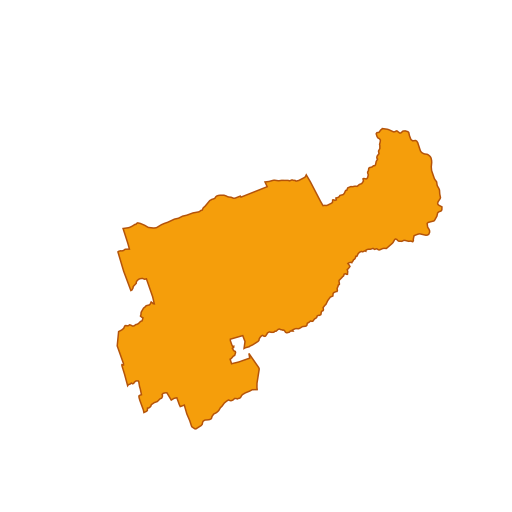 outline of Juja, Central, Kenya, rotated 309°
{"feature_id": "3690345B85267649800384", "entity_name": "Juja", "entity_type": "district", "adm_level": 2, "iso_a3": "KEN", "parent_name": "Kenya", "parent_adm1": "Central", "projection": "orthographic", "projection_center": [37.028, -1.103], "detail": "fine", "context": "isolated", "style": "filled", "palette": "amber", "viewbox_px": 512, "rotation_deg": 309, "n_neighbors": 0, "source": "geoboundaries", "source_scale": "gbopen_adm2", "svg_char_len": 6097}
<svg xmlns="http://www.w3.org/2000/svg" viewBox="0 0 512 512"><g transform="rotate(309 256 256)"><path d="M160.9,162.7L150.4,180.5L151.6,181.0L153.9,180.5L155.0,179.8L159.5,180.1L160.3,179.4L161.9,179.1L163.8,179.4L165.2,180.0L167.1,181.8L167.9,184.2L169.3,185.2L159.3,201.3L154.8,207.1L154.2,206.1L154.4,205.1L154.3,203.5L151.9,204.1L151.0,204.0L148.2,201.9L146.9,201.9L144.7,201.4L140.3,202.1L139.2,202.6L138.5,203.3L136.6,204.0L136.5,205.6L136.8,207.1L134.0,208.3L132.8,207.6L131.4,207.3L129.7,207.2L128.1,206.6L127.2,205.8L125.0,205.2L123.9,204.3L123.5,202.4L123.0,201.1L121.6,200.7L120.5,199.7L120.2,198.8L119.5,198.1L117.9,198.3L116.6,198.7L114.0,198.2L110.8,196.8L98.8,204.7L89.0,220.7L87.9,221.6L87.2,220.2L86.4,220.8L81.5,228.1L74.4,237.9L75.8,237.8L77.0,238.7L78.8,239.1L79.0,240.5L80.0,241.1L81.1,240.9L82.9,241.2L83.7,241.7L84.8,243.1L84.5,244.0L81.3,247.6L79.8,249.8L76.1,254.3L75.0,253.5L73.5,253.1L72.3,254.3L70.7,256.6L65.5,265.3L63.8,267.4L66.3,268.6L67.5,268.8L69.5,267.4L70.4,268.3L71.8,268.7L73.0,268.8L74.6,268.2L78.0,269.2L80.8,270.9L84.6,271.3L86.1,272.1L87.7,271.8L88.6,271.2L89.2,270.2L90.9,270.3L92.6,271.6L93.6,272.9L90.7,280.8L93.8,281.9L96.0,283.7L92.2,290.0L91.3,291.9L95.0,294.1L89.7,301.7L86.3,308.2L83.3,312.8L82.9,313.7L83.2,317.2L83.8,318.1L89.8,320.1L91.4,320.1L93.3,319.1L94.7,318.9L96.4,319.6L98.6,321.9L99.7,322.9L101.3,323.6L102.4,323.4L103.4,322.8L106.6,322.6L109.3,323.8L110.8,324.1L112.4,324.3L115.7,323.8L117.8,324.1L121.8,323.9L124.7,324.5L126.8,325.2L127.4,327.1L128.1,327.9L129.5,328.7L131.9,329.1L132.8,330.4L133.2,331.5L134.0,331.8L135.3,332.8L136.4,333.0L138.7,332.6L140.1,332.8L143.0,333.9L147.0,336.1L149.7,337.2L152.9,341.0L154.5,339.4L157.8,336.8L169.4,330.1L170.3,329.5L171.0,328.3L175.8,311.8L172.7,315.4L162.5,309.1L156.9,304.8L159.5,300.8L160.7,301.3L163.9,301.4L165.3,302.0L168.1,300.9L168.8,300.0L168.4,298.8L168.7,297.3L169.4,295.7L170.8,296.2L171.9,295.5L171.0,294.7L171.8,293.0L174.1,289.3L175.2,288.4L185.8,295.8L182.6,301.3L176.6,304.9L178.2,305.6L181.2,307.8L182.2,308.0L184.8,309.3L190.8,311.3L192.2,311.4L193.5,310.7L195.1,310.4L197.3,310.5L198.5,311.1L198.7,312.9L199.7,313.8L202.4,313.6L203.4,313.3L205.5,314.2L206.1,315.6L207.4,317.3L208.2,317.9L209.4,318.0L210.1,318.9L212.9,319.4L214.0,320.1L214.4,321.8L215.0,322.6L215.2,323.5L215.9,324.2L215.8,325.5L215.3,327.0L215.7,328.3L217.9,329.9L219.3,329.9L221.0,332.0L221.3,330.9L223.6,331.9L224.7,332.7L226.3,334.9L227.7,335.6L230.3,336.5L232.5,338.6L233.3,339.1L234.4,339.1L235.3,338.5L236.2,338.2L237.3,338.8L239.8,339.3L240.3,340.4L241.0,341.2L244.0,341.1L245.4,341.7L246.5,341.8L247.9,341.3L249.1,341.8L250.0,342.8L251.3,343.3L253.6,342.0L254.9,342.0L255.7,342.5L256.6,342.3L258.2,340.6L261.3,340.6L262.3,340.8L266.5,339.8L270.8,339.6L273.3,340.9L275.4,339.5L276.5,339.5L278.6,340.5L279.4,341.3L280.5,340.9L281.7,339.5L284.4,338.7L285.2,338.2L286.3,338.7L287.1,338.1L288.5,336.5L289.4,335.9L293.1,336.3L294.4,336.3L295.6,336.6L297.4,335.9L298.6,336.8L298.7,337.8L299.3,338.6L301.6,337.1L302.9,335.4L304.1,335.7L307.0,335.6L307.6,334.1L308.0,332.1L309.4,332.6L310.6,333.5L311.1,334.7L312.1,334.4L313.4,334.5L314.5,334.1L315.5,334.6L317.3,334.4L318.5,333.7L319.4,334.6L322.0,333.9L323.3,334.0L324.6,334.3L325.9,335.1L326.4,336.3L328.6,337.4L328.8,338.4L330.0,337.8L331.1,338.4L331.9,339.0L333.3,340.7L335.6,342.2L335.7,343.9L337.6,345.2L337.9,347.3L338.5,348.2L341.4,349.7L342.5,350.6L343.9,352.6L351.4,353.9L352.7,354.0L356.1,353.4L357.0,353.7L357.5,355.0L357.2,356.3L357.4,357.7L359.2,360.1L361.1,361.0L361.8,361.8L363.5,365.4L365.0,366.9L365.7,368.8L366.9,368.7L368.0,367.7L371.1,366.1L372.3,366.6L375.0,368.2L376.3,369.3L378.9,374.7L379.8,375.8L381.4,376.6L383.7,376.0L384.8,375.1L385.7,373.5L386.4,371.3L389.0,368.5L390.5,368.7L395.2,372.2L396.2,372.3L400.8,371.5L403.9,370.0L405.4,370.3L407.4,371.5L408.8,371.4L411.2,369.6L410.5,366.1L410.6,364.8L411.3,364.0L412.6,363.4L416.5,363.0L417.5,362.6L419.7,359.9L422.7,357.1L423.6,355.5L424.5,353.1L425.1,352.1L427.3,349.7L428.1,346.6L428.7,345.4L432.9,338.7L435.6,336.1L439.1,333.8L440.7,332.4L442.2,330.5L442.7,329.5L443.0,328.1L443.0,326.3L442.8,325.1L441.4,322.8L441.0,321.6L440.7,319.9L440.9,318.2L441.8,316.6L445.9,310.3L446.4,308.6L446.2,307.3L444.1,305.3L444.0,303.1L446.1,299.5L448.1,297.0L448.2,295.8L447.2,293.3L445.6,291.6L442.7,291.1L442.0,290.3L441.9,286.7L441.0,286.1L439.9,285.7L439.0,284.7L437.7,279.6L437.1,278.2L434.5,273.9L433.6,274.0L432.4,273.6L429.6,273.8L427.9,272.3L426.6,272.5L425.0,274.9L424.5,276.4L424.8,278.2L424.4,279.7L422.7,280.8L420.5,281.8L419.8,282.7L417.5,284.6L414.6,285.2L412.9,287.2L410.2,287.2L408.9,287.7L408.1,288.4L407.8,289.5L405.2,289.9L402.2,291.4L401.0,291.5L400.0,290.5L398.1,290.1L396.0,288.5L395.0,288.5L393.0,289.7L391.6,289.9L390.9,290.4L389.7,292.2L387.4,293.3L386.1,293.5L385.2,293.1L384.1,291.0L383.3,290.6L381.8,292.4L378.8,292.6L376.6,291.3L373.8,290.8L372.8,289.3L371.9,288.4L370.8,287.6L369.5,285.9L366.6,284.4L364.2,285.2L363.3,284.4L360.2,285.2L358.6,285.1L355.8,283.1L354.6,283.3L353.3,283.0L351.3,281.6L350.2,283.1L348.8,282.3L348.6,281.1L347.8,280.3L345.8,281.7L344.4,281.4L340.3,279.5L339.5,278.9L338.4,277.3L337.3,276.4L339.1,271.7L347.8,251.7L350.7,244.0L349.0,244.4L347.8,244.4L341.6,241.7L339.4,240.0L339.3,238.6L338.6,238.0L337.8,236.1L335.5,234.8L334.9,233.3L330.8,228.2L328.7,226.3L326.5,222.6L325.7,221.8L322.1,219.2L319.2,216.4L316.9,221.1L292.3,207.3L292.7,206.1L287.7,203.3L286.7,202.1L286.0,199.7L284.8,197.9L284.2,196.6L283.9,195.1L283.1,192.9L280.6,189.8L279.3,188.6L277.8,187.7L276.6,187.5L275.0,187.7L273.7,187.1L272.3,186.1L269.9,185.2L262.5,185.1L260.4,184.7L257.7,185.3L256.5,184.4L255.2,184.2L254.2,183.7L249.8,179.9L244.1,176.5L240.8,173.9L236.6,172.0L233.3,169.4L226.7,166.2L223.5,164.2L220.8,162.8L215.5,160.9L214.4,160.0L213.2,158.7L210.4,154.3L209.8,150.2L208.5,145.6L207.3,143.2L206.1,142.7L205.0,142.8L204.3,142.0L201.5,141.1L198.9,139.9L197.6,139.0L193.7,135.4L185.2,148.4L181.7,153.3L178.9,150.1L176.8,149.5L175.7,148.7L174.7,147.4L173.4,146.4L172.3,146.1L160.9,162.7Z" fill="#f59e0b" stroke="#b45309" stroke-width="1.5"/></g></svg>